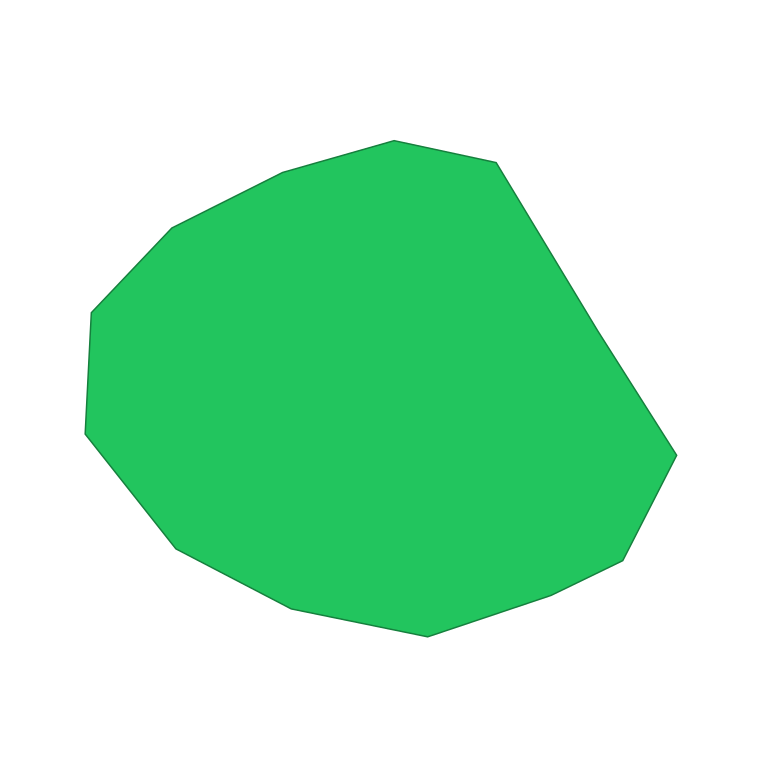 the border of Nottingham, rotated 280°
{"feature_id": "GBR-2763", "entity_name": "Nottingham", "entity_type": "Unitary Authority", "adm_level": 1, "iso_a3": "GBR", "parent_name": "United Kingdom", "parent_adm1": "", "projection": "robinson", "projection_center": [-1.17, 52.934], "detail": "fine", "context": "isolated", "style": "filled", "palette": "green", "viewbox_px": 768, "rotation_deg": 280, "n_neighbors": 0, "source": "natural_earth", "source_scale": "10m", "svg_char_len": 336}
<svg xmlns="http://www.w3.org/2000/svg" viewBox="0 0 768 768"><g transform="rotate(280 384 384)"><path d="M403.4,83.4L500.8,148.0L574.7,247.4L625.4,351.7L621.5,456.0L473.5,585.2L364.6,684.6L251.5,649.8L204.8,585.2L142.6,470.9L146.4,331.7L185.5,207.7L282.8,98.4L403.4,83.4Z" fill="#22c55e" stroke="#15803d" stroke-width="1.5"/></g></svg>